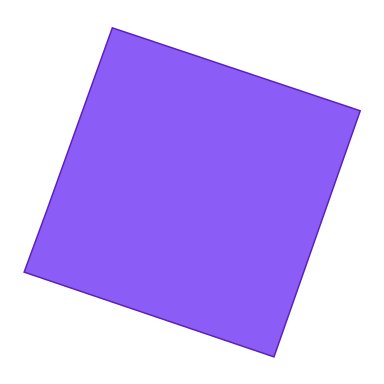 McDonough, Illinois, United States of America (Equal Earth projection), rotated 288°
{"feature_id": "52423323B27317612886822", "entity_name": "McDonough", "entity_type": "district", "adm_level": 2, "iso_a3": "USA", "parent_name": "United States of America", "parent_adm1": "Illinois", "projection": "equal_earth", "projection_center": [-90.715, 40.458], "detail": "fine", "context": "isolated", "style": "filled", "palette": "violet", "viewbox_px": 384, "rotation_deg": 288, "n_neighbors": 0, "source": "geoboundaries", "source_scale": "gbopen_adm2", "svg_char_len": 237}
<svg xmlns="http://www.w3.org/2000/svg" viewBox="0 0 384 384"><g transform="rotate(288 192 192)"><path d="M128.7,59.6L63.9,57.1L60.5,320.9L321.2,326.9L323.5,65.5L128.7,59.6Z" fill="#8b5cf6" stroke="#5b21b6" stroke-width="1.5"/></g></svg>